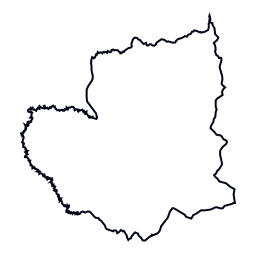 Chang Klang, Nakhon Si Thammarat, Thailand (Natural Earth projection)
{"feature_id": "78962969B43171444996165", "entity_name": "Chang Klang", "entity_type": "district", "adm_level": 2, "iso_a3": "THA", "parent_name": "Thailand", "parent_adm1": "Nakhon Si Thammarat", "projection": "natural_earth1", "projection_center": [99.584, 8.363], "detail": "fine", "context": "isolated", "style": "outline", "palette": "ink", "viewbox_px": 256, "rotation_deg": 0, "n_neighbors": 0, "source": "geoboundaries", "source_scale": "gbopen_adm2", "svg_char_len": 5695}
<svg xmlns="http://www.w3.org/2000/svg" viewBox="0 0 256 256"><path d="M234.9,203.0L233.6,194.6L234.5,189.2L230.4,186.9L225.9,183.2L219.4,181.5L217.3,178.4L215.5,177.1L214.1,175.2L216.0,173.5L217.4,170.6L218.9,169.5L221.9,164.7L221.9,162.9L220.1,154.8L220.2,150.7L222.4,147.2L226.1,144.0L226.9,142.2L226.6,140.8L223.5,139.2L221.5,136.1L220.3,135.4L216.5,134.7L214.4,132.0L210.5,128.2L211.0,126.0L213.4,121.8L213.8,119.2L215.4,116.6L215.7,112.2L216.6,109.3L215.7,106.7L215.7,100.5L217.2,98.6L222.6,95.0L222.1,92.4L222.3,91.0L223.7,88.6L225.1,87.4L222.4,85.0L221.6,83.8L222.4,79.3L222.2,76.3L219.6,67.1L221.2,61.1L221.5,58.4L221.0,57.8L219.0,58.0L218.1,56.2L216.2,54.9L215.0,51.4L215.7,49.6L215.2,45.8L213.8,43.0L217.3,39.9L218.3,37.4L215.1,34.0L214.5,28.3L212.5,24.9L212.5,23.3L210.3,22.4L209.9,21.8L210.4,18.8L209.5,15.4L209.2,16.1L209.7,18.9L209.2,21.5L209.4,22.8L208.7,23.6L208.8,27.6L208.1,30.0L204.4,31.9L201.1,32.6L200.6,31.9L199.3,32.2L196.8,30.9L194.2,30.4L193.5,31.5L192.0,31.7L190.7,33.9L188.2,34.7L187.0,36.6L185.2,36.1L181.3,38.2L178.1,39.0L176.1,40.8L175.2,42.5L172.5,42.6L168.4,41.4L166.7,41.7L164.4,39.8L161.3,39.3L156.4,42.8L155.8,44.6L154.2,45.8L152.4,45.4L151.5,44.5L149.7,44.3L148.1,45.5L147.1,45.5L146.7,45.2L146.1,42.9L143.7,44.0L140.9,41.3L140.4,40.3L138.0,39.2L137.3,38.1L135.1,37.6L133.9,38.1L132.7,40.0L131.4,43.9L131.8,46.6L130.9,47.5L128.3,48.2L124.7,50.6L124.1,51.9L122.7,51.6L121.8,53.1L120.4,53.4L120.0,52.1L118.9,51.7L117.9,50.3L114.6,50.0L114.0,50.3L113.1,49.5L111.4,50.1L111.5,51.1L110.6,52.2L109.7,52.2L107.8,51.0L107.1,52.8L106.4,52.1L105.1,51.9L104.1,52.4L103.4,52.0L102.3,53.3L101.8,52.5L100.5,52.4L98.6,53.1L97.7,52.1L96.9,54.6L96.1,54.4L95.0,57.4L94.3,57.3L93.7,58.3L92.1,57.2L91.1,60.9L91.4,62.6L90.9,63.3L91.5,65.7L91.6,70.7L92.7,75.5L92.7,78.4L91.8,80.7L88.1,86.3L86.7,89.4L86.6,95.9L87.0,101.3L96.0,113.4L97.1,117.8L96.3,118.9L93.0,118.0L92.7,116.8L91.8,117.6L90.9,116.9L90.0,117.7L89.2,117.6L88.9,117.1L89.2,116.1L88.3,116.1L87.2,114.2L85.6,114.0L86.4,112.5L86.5,111.7L84.5,112.7L84.3,111.1L83.2,111.7L82.4,109.6L80.8,110.4L79.6,110.0L78.4,111.7L78.0,111.4L78.2,109.6L76.2,109.3L74.7,110.3L74.2,108.0L73.5,107.1L72.2,106.7L69.5,107.7L67.9,107.7L67.6,108.2L68.1,108.6L67.8,109.3L66.6,107.7L66.5,109.3L64.8,109.1L64.4,109.8L65.0,110.1L64.5,110.6L63.4,110.0L63.3,110.7L62.8,110.8L61.5,109.8L60.5,109.9L59.6,110.8L58.5,110.0L57.2,110.3L56.4,109.1L55.6,108.9L54.8,106.5L54.0,106.8L53.0,105.6L50.8,107.2L51.7,108.3L49.8,107.3L49.1,108.5L48.3,109.0L47.4,107.7L45.4,108.4L44.6,105.7L43.8,106.0L44.3,107.0L43.9,108.4L41.6,107.9L39.4,106.0L39.1,106.6L39.4,109.0L39.0,108.9L38.5,107.7L38.0,107.7L37.0,108.8L36.1,110.8L34.1,109.4L33.3,109.7L32.6,107.7L31.8,108.3L31.1,107.8L30.7,109.8L29.4,108.8L28.2,109.8L28.0,110.9L28.3,111.6L30.6,112.4L31.0,111.7L32.3,112.6L31.5,114.1L31.5,116.1L30.3,117.6L32.3,117.8L32.4,118.8L31.6,119.7L31.2,121.8L29.5,122.7L29.6,121.8L29.1,122.2L28.4,121.6L27.8,121.8L27.3,123.1L27.7,123.6L28.5,123.5L28.3,125.7L27.8,125.8L27.0,124.9L26.2,125.5L24.9,124.7L25.6,126.3L26.7,127.3L25.9,127.0L25.5,127.4L25.5,128.1L26.2,128.2L26.0,129.3L25.3,129.5L25.3,130.2L24.7,130.3L24.5,131.2L23.9,131.1L23.8,132.3L22.9,132.4L23.0,133.0L21.1,133.3L21.3,134.2L22.4,134.8L21.8,135.2L22.3,136.4L23.2,136.3L23.7,137.4L22.2,142.4L22.5,142.7L22.6,142.1L23.8,143.1L23.9,144.2L23.2,145.0L23.3,147.0L24.7,147.2L25.4,148.0L25.3,148.9L25.9,149.1L25.6,150.6L25.8,150.0L27.4,150.7L25.9,151.4L27.1,152.2L27.0,153.2L26.2,153.1L27.4,154.2L26.5,154.4L26.2,155.7L25.2,156.0L25.1,156.4L25.6,156.5L25.3,157.1L27.2,157.3L28.6,159.0L28.5,160.2L29.8,160.5L29.1,161.1L30.2,162.3L30.6,165.1L31.2,164.7L32.3,166.1L32.4,168.1L33.5,167.3L33.4,168.2L34.8,167.8L35.4,169.1L36.0,168.9L38.0,169.8L37.5,170.6L38.9,171.1L37.4,171.6L39.6,172.3L39.4,173.9L40.6,173.3L42.4,173.8L43.0,175.6L43.5,175.3L43.3,174.4L44.0,175.4L44.5,174.9L44.7,175.7L44.2,176.5L45.3,177.5L46.3,177.6L46.7,178.4L46.9,177.0L48.1,177.3L48.1,179.0L49.7,178.0L50.2,178.2L49.9,178.9L50.6,179.6L50.6,178.8L51.7,178.5L51.5,179.1L52.3,179.5L52.4,180.3L50.6,181.9L51.2,181.8L51.9,182.8L51.6,183.4L52.3,183.5L52.1,185.1L53.3,184.8L52.9,186.1L54.0,185.9L54.3,186.8L54.6,186.3L55.2,186.7L53.9,188.4L55.0,189.2L54.0,190.3L55.1,191.0L56.1,189.9L56.6,190.2L55.8,191.2L56.6,191.6L56.3,192.5L56.7,193.9L58.6,194.7L57.9,196.2L58.3,196.5L58.7,195.9L59.0,196.6L58.4,198.4L59.0,197.7L59.0,199.0L60.0,198.2L60.8,198.3L59.8,199.2L60.4,199.4L60.0,201.1L60.9,200.4L60.8,200.9L61.9,201.4L62.2,203.8L63.8,205.0L63.9,205.9L64.4,206.1L65.2,205.5L65.4,206.2L65.9,205.9L66.6,206.7L67.0,205.7L67.3,206.7L67.6,205.6L68.9,205.4L69.0,206.7L67.1,208.8L66.4,210.5L66.4,211.6L67.7,211.1L68.1,211.6L67.5,212.3L68.2,212.7L68.3,212.0L68.9,211.9L68.7,211.0L69.5,211.6L69.5,212.3L70.4,212.3L70.3,213.4L71.4,213.3L71.8,212.7L72.3,213.5L72.5,212.9L73.7,213.0L73.8,211.5L74.3,213.1L75.7,212.7L75.5,213.8L76.0,213.5L76.7,214.1L77.0,212.8L77.8,212.2L78.7,213.6L78.6,214.2L79.7,214.0L80.9,212.3L82.8,211.5L85.0,212.6L87.7,211.4L89.9,211.8L95.4,217.7L98.5,218.1L99.3,219.6L101.1,220.7L104.8,225.3L105.9,228.3L107.0,229.2L113.2,231.3L113.8,230.4L116.3,230.6L117.2,233.2L118.4,232.6L121.1,230.0L122.9,231.4L123.9,230.9L126.9,235.9L127.2,237.9L128.3,239.9L129.2,238.9L130.8,238.4L131.8,236.1L135.0,232.4L138.1,233.7L138.6,235.6L141.0,237.6L142.6,240.3L144.0,240.6L145.1,240.5L150.3,236.2L151.9,235.9L152.0,234.8L153.1,235.2L157.5,233.4L159.5,231.3L161.3,226.0L167.8,217.6L169.9,211.7L172.4,208.2L174.2,208.4L183.7,214.1L184.9,215.0L186.2,216.9L191.3,218.5L193.3,215.1L197.3,213.0L201.0,210.3L205.1,210.3L210.8,209.5L215.4,207.3L217.4,207.4L220.5,208.4L222.7,208.3L224.6,205.9L231.9,203.9L233.4,203.0L234.9,203.0Z" fill="none" stroke="#020617" stroke-width="2"/></svg>